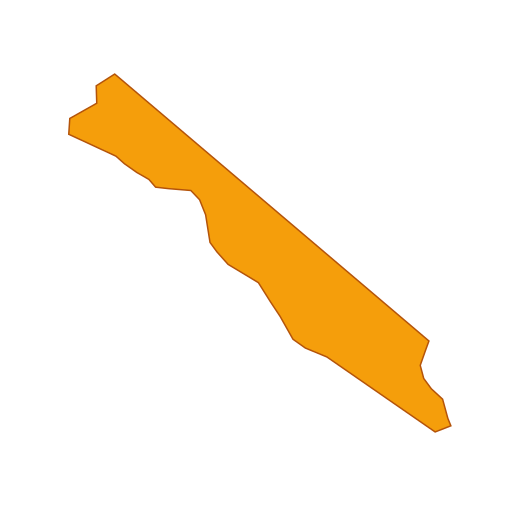 Toraille, Soufrière, Saint Lucia (orthographic projection), rotated 261°
{"feature_id": "8701671B26291709137074", "entity_name": "Toraille", "entity_type": "district", "adm_level": 2, "iso_a3": "LCA", "parent_name": "Saint Lucia", "parent_adm1": "Soufrière", "projection": "orthographic", "projection_center": [-61.033, 13.858], "detail": "fine", "context": "isolated", "style": "filled", "palette": "amber", "viewbox_px": 512, "rotation_deg": 261, "n_neighbors": 0, "source": "geoboundaries", "source_scale": "gbopen_adm2", "svg_char_len": 571}
<svg xmlns="http://www.w3.org/2000/svg" viewBox="0 0 512 512"><g transform="rotate(261 256 256)"><path d="M405.5,90.1L376.5,133.3L367.7,140.5L357.2,151.3L348.4,162.2L339.7,167.6L336.2,180.2L330.9,201.9L320.4,209.1L304.6,212.7L276.6,212.7L266.1,218.1L252.1,227.1L229.3,254.2L208.3,263.2L192.5,270.4L168.0,279.5L157.4,290.3L145.2,310.2L54.2,405.4L57.8,421.9L65.5,420.1L85.4,417.9L97.4,408.4L108.8,402.5L122.3,401.1L135.8,408.4L145.0,413.5L454.6,147.7L457.8,144.9L449.1,124.8L431.8,122.6L421.0,93.6L405.5,90.1Z" fill="#f59e0b" stroke="#b45309" stroke-width="1.5"/></g></svg>